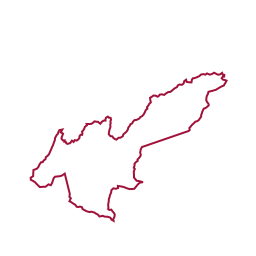 outline of Porto Alegre do Tocantins, Tocantins, Brazil, rotated 214°
{"feature_id": "56859067B35819047686555", "entity_name": "Porto Alegre do Tocantins", "entity_type": "district", "adm_level": 2, "iso_a3": "BRA", "parent_name": "Brazil", "parent_adm1": "Tocantins", "projection": "mercator", "projection_center": [-47.044, -11.55], "detail": "fine", "context": "isolated", "style": "outline", "palette": "rose", "viewbox_px": 256, "rotation_deg": 214, "n_neighbors": 0, "source": "geoboundaries", "source_scale": "gbopen_adm2", "svg_char_len": 3371}
<svg xmlns="http://www.w3.org/2000/svg" viewBox="0 0 256 256"><g transform="rotate(214 128 128)"><path d="M72.8,222.4L74.6,221.9L76.2,221.2L78.1,221.6L78.2,223.3L77.0,224.4L77.9,225.9L79.2,225.2L80.8,226.3L81.6,224.0L83.2,222.5L84.7,222.3L87.5,222.0L88.7,219.5L90.2,217.9L93.0,217.4L93.7,215.5L95.5,214.9L97.4,213.1L97.8,211.1L99.0,209.0L101.0,206.2L102.1,205.4L102.0,203.7L100.9,201.3L103.0,200.0L105.2,199.0L106.8,200.5L107.6,198.5L106.8,195.9L107.5,193.9L109.7,192.8L110.5,191.2L110.3,189.2L111.5,187.0L113.0,181.7L114.8,180.2L115.8,178.0L116.5,175.7L118.8,174.8L120.3,173.5L120.4,172.0L120.8,170.6L123.3,170.2L125.1,169.1L125.6,167.5L126.6,165.4L125.0,163.5L123.4,162.0L123.9,159.7L123.7,158.0L123.9,155.8L122.7,154.8L123.3,152.8L122.8,150.1L122.6,147.8L122.9,145.8L123.9,144.0L123.9,142.4L124.6,140.9L125.6,139.3L127.0,138.2L127.4,136.2L127.1,134.2L128.1,132.4L127.8,131.0L128.0,128.5L127.3,126.9L127.2,124.1L127.7,122.1L128.3,120.2L127.7,118.3L128.8,115.8L130.4,114.6L131.1,111.9L132.8,111.5L134.6,111.6L136.3,112.3L138.1,111.4L140.5,112.1L141.1,113.3L141.8,114.8L142.5,116.5L143.1,119.0L144.6,120.9L145.1,122.4L146.3,123.6L146.7,125.3L148.1,126.7L149.6,125.9L151.0,126.2L152.0,124.3L151.6,122.6L150.8,121.6L152.3,120.5L153.2,118.5L153.3,116.1L154.9,116.1L156.3,116.4L158.1,115.3L159.5,114.8L159.8,113.3L160.7,110.9L162.3,109.7L164.6,108.2L163.6,107.4L164.4,104.8L163.9,103.0L163.8,100.9L164.1,99.3L162.7,98.0L162.2,96.7L163.5,95.9L163.6,94.0L162.7,92.7L162.8,90.9L163.5,88.9L165.4,88.1L165.3,86.0L167.4,86.2L167.5,83.1L169.4,80.9L170.8,80.9L171.9,81.7L173.1,81.0L173.6,82.3L175.0,81.3L177.1,81.9L177.8,83.2L178.2,85.2L178.7,87.0L181.3,86.8L181.6,90.0L183.7,87.8L183.5,85.8L182.9,84.1L183.2,82.3L182.9,79.0L181.9,77.1L181.1,73.7L180.5,71.6L180.4,70.1L179.9,68.0L178.8,61.9L179.2,59.6L179.8,57.9L179.0,56.0L179.8,53.7L179.6,52.0L180.9,51.0L181.0,48.4L180.5,45.4L180.8,43.3L182.1,41.4L182.9,40.3L181.6,38.1L180.5,36.3L179.7,35.0L180.9,32.4L179.6,30.7L177.4,31.0L174.9,31.1L172.4,30.5L168.1,29.7L165.4,31.9L163.5,33.2L162.4,36.8L160.0,37.4L160.2,40.0L161.5,44.6L161.3,46.8L157.7,49.8L156.3,51.4L154.9,54.8L139.4,40.8L138.1,38.2L136.1,37.8L135.9,36.4L135.6,34.5L133.7,34.8L130.9,34.7L128.9,34.9L126.6,34.0L124.9,34.7L123.9,36.0L121.9,36.6L120.4,35.4L117.8,35.6L115.2,36.0L112.7,36.9L111.7,38.1L110.2,38.6L108.7,39.1L106.9,39.1L104.6,39.4L102.2,38.7L100.8,40.0L99.8,41.1L98.2,41.3L96.6,42.2L95.3,43.0L93.4,43.6L92.0,43.7L90.6,42.8L88.1,43.0L89.3,44.2L89.5,46.5L90.6,48.9L92.4,49.8L93.8,50.1L96.2,51.0L97.7,49.6L99.1,49.7L99.9,51.3L101.7,53.5L102.6,55.7L104.3,58.7L104.5,60.1L105.3,61.9L105.9,65.1L107.0,67.2L106.4,69.8L104.0,70.9L102.7,72.7L104.0,74.3L100.8,75.8L98.8,76.6L93.7,77.8L91.5,78.9L88.8,81.1L88.3,86.6L87.7,89.2L85.3,91.5L89.0,90.2L91.4,89.1L95.4,90.3L96.7,92.3L98.9,95.2L99.5,97.9L101.0,98.3L101.5,100.5L102.5,101.7L102.5,103.5L102.1,104.8L101.6,106.2L102.5,107.2L102.0,110.1L102.0,111.7L102.5,113.1L104.1,114.3L105.4,117.2L105.8,120.0L77.3,157.8L76.1,159.3L75.7,160.8L77.1,162.3L76.8,164.5L76.7,166.3L76.1,168.7L75.7,170.9L74.5,172.3L73.8,174.0L73.7,178.2L74.7,179.9L74.9,181.3L75.5,182.9L76.0,186.3L74.7,188.3L73.7,191.8L74.7,193.0L76.7,193.7L78.6,194.7L79.8,196.7L80.6,198.8L80.7,200.5L81.5,203.0L80.0,204.8L78.9,205.9L76.4,209.0L75.2,211.7L73.6,214.9L72.3,216.8L72.5,218.7L72.5,220.3L72.8,222.4Z" fill="none" stroke="#9f1239" stroke-width="2"/></g></svg>